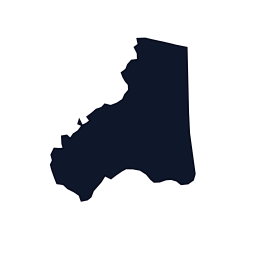 Maracajá, Santa Catarina, Brazil, rotated 334°
{"feature_id": "56859067B94572130749254", "entity_name": "Maracajá", "entity_type": "district", "adm_level": 2, "iso_a3": "BRA", "parent_name": "Brazil", "parent_adm1": "Santa Catarina", "projection": "albers", "projection_center": [-49.469, -28.863], "detail": "fine", "context": "isolated", "style": "filled", "palette": "ink", "viewbox_px": 256, "rotation_deg": 334, "n_neighbors": 0, "source": "geoboundaries", "source_scale": "gbopen_adm2", "svg_char_len": 1071}
<svg xmlns="http://www.w3.org/2000/svg" viewBox="0 0 256 256"><g transform="rotate(334 128 128)"><path d="M216.1,81.5L207.3,74.8L204.0,72.0L200.7,69.3L187.4,58.8L182.8,55.0L175.4,51.7L174.0,57.4L169.2,58.2L169.3,65.0L166.7,70.8L160.8,68.8L155.7,70.9L151.9,74.4L146.4,75.4L146.0,80.1L146.3,84.7L147.5,89.2L145.4,94.2L139.8,96.7L135.7,100.2L128.8,101.0L122.2,100.4L117.6,96.5L113.2,98.2L107.7,97.4L101.7,99.0L96.1,100.0L97.1,104.7L93.0,105.7L87.9,105.7L81.9,108.8L76.3,109.5L71.5,112.3L69.8,107.8L64.9,106.3L61.9,113.3L61.1,118.1L57.0,116.5L52.7,114.0L47.2,118.4L46.1,124.1L42.4,127.1L41.3,132.5L40.4,140.4L39.9,146.7L45.2,150.3L47.4,156.0L51.6,161.5L54.8,167.1L54.1,173.1L60.0,174.6L64.4,173.6L69.2,169.1L80.0,164.6L86.4,160.6L90.5,166.0L96.3,164.8L102.9,163.8L108.4,163.5L114.5,166.6L120.5,171.0L124.5,177.6L126.0,183.9L127.8,188.0L132.9,190.2L139.6,191.0L144.5,193.0L148.6,196.8L151.1,202.0L157.5,204.3L163.8,203.3L168.0,198.6L180.8,159.6L189.0,140.5L216.1,81.5ZM87.9,105.7L87.9,99.2L85.0,102.3L87.9,105.7Z" fill="#0f172a" stroke="#020617" stroke-width="1.5"/></g></svg>